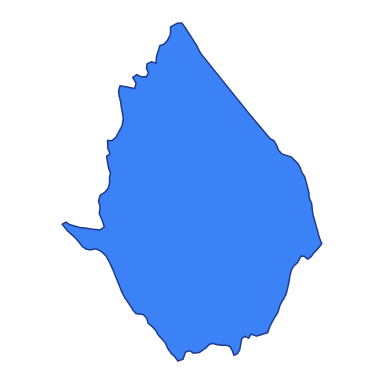 Sales, São Paulo, Brazil (Equal Earth projection)
{"feature_id": "56859067B21850639491006", "entity_name": "Sales", "entity_type": "district", "adm_level": 2, "iso_a3": "BRA", "parent_name": "Brazil", "parent_adm1": "São Paulo", "projection": "equal_earth", "projection_center": [-49.515, -21.337], "detail": "fine", "context": "isolated", "style": "filled", "palette": "blue", "viewbox_px": 384, "rotation_deg": 0, "n_neighbors": 0, "source": "geoboundaries", "source_scale": "gbopen_adm2", "svg_char_len": 2027}
<svg xmlns="http://www.w3.org/2000/svg" viewBox="0 0 384 384"><path d="M62.2,224.2L67.6,231.0L75.2,237.8L79.7,243.0L82.2,246.4L86.0,249.1L90.0,249.9L95.8,248.9L99.8,250.5L102.8,252.7L106.1,256.1L109.7,262.7L113.2,270.4L116.7,279.2L118.6,283.8L122.0,292.4L124.9,297.8L129.6,304.8L133.2,310.4L135.9,313.5L139.3,314.1L143.0,314.4L146.7,318.1L148.1,323.3L152.3,326.7L155.6,330.3L158.3,335.1L161.6,338.7L165.0,342.4L168.0,348.8L171.4,353.7L174.3,356.1L177.9,361.0L182.9,359.3L185.6,352.0L190.0,350.8L193.4,353.2L199.4,352.5L206.1,347.7L209.4,344.3L212.8,343.5L216.5,344.5L221.0,345.3L225.9,345.2L229.8,346.4L232.2,350.4L234.0,355.3L237.5,353.6L239.7,349.8L240.8,343.8L241.8,338.5L244.9,336.4L248.7,338.2L251.0,334.1L256.5,336.1L267.7,332.7L269.5,327.2L271.8,322.6L274.2,318.2L277.9,312.2L280.3,304.5L283.2,299.5L286.1,294.2L287.6,288.1L288.9,282.6L290.0,275.3L291.5,270.1L293.4,266.4L297.5,262.6L301.0,256.1L304.3,256.3L307.6,259.2L311.0,256.8L313.4,253.5L318.4,248.1L321.8,243.6L319.6,238.5L317.8,231.9L315.3,223.0L313.0,214.7L312.1,208.1L311.7,203.6L309.2,197.8L309.0,193.0L306.9,184.8L304.6,176.5L302.0,172.7L300.1,167.6L298.1,163.8L294.7,160.4L291.3,157.0L282.1,154.1L278.5,150.2L276.4,144.8L274.0,140.8L269.9,138.4L249.1,113.7L240.1,102.5L217.1,73.9L200.7,53.4L198.7,49.7L196.9,45.9L194.6,42.3L190.0,35.0L184.9,27.1L181.7,23.0L177.4,23.2L170.6,26.8L170.4,34.5L167.5,40.3L163.9,44.2L159.9,45.6L158.1,51.4L156.5,56.2L156.0,63.1L151.3,61.8L147.0,63.9L146.5,68.5L148.4,72.8L146.3,76.8L140.9,76.7L136.9,74.6L132.8,77.4L136.1,83.3L134.6,88.5L129.0,87.4L124.9,86.5L120.0,85.9L118.6,90.7L119.1,95.8L120.7,102.0L121.3,107.3L122.2,111.9L123.3,118.0L122.3,125.4L119.1,131.3L116.1,137.0L112.0,140.7L107.6,140.4L107.8,148.1L110.0,153.9L106.6,156.2L107.5,162.1L108.7,168.4L110.4,172.9L109.5,177.6L109.6,182.6L108.2,188.2L104.9,192.2L100.3,195.1L98.5,200.9L100.1,207.0L99.3,213.6L102.1,220.1L104.3,226.9L100.0,229.9L91.5,229.1L86.0,228.1L80.0,227.6L69.4,224.5L66.0,222.1L62.2,224.2Z" fill="#3b82f6" stroke="#1e3a8a" stroke-width="1.5"/></svg>